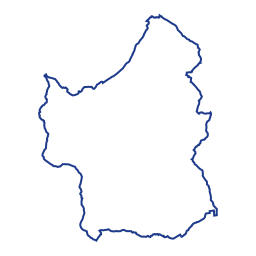 outline of Nehoiu, Buzau, Romania
{"feature_id": "2599482B62990087944995", "entity_name": "Nehoiu", "entity_type": "district", "adm_level": 2, "iso_a3": "ROU", "parent_name": "Romania", "parent_adm1": "Buzau", "projection": "orthographic", "projection_center": [26.301, 45.424], "detail": "fine", "context": "isolated", "style": "outline", "palette": "blue", "viewbox_px": 256, "rotation_deg": 0, "n_neighbors": 0, "source": "geoboundaries", "source_scale": "gbopen_adm2", "svg_char_len": 5754}
<svg xmlns="http://www.w3.org/2000/svg" viewBox="0 0 256 256"><path d="M212.4,201.7L210.9,200.3L210.8,199.9L211.0,197.5L210.5,194.7L209.7,191.8L209.6,188.9L209.0,187.8L208.8,186.2L208.4,185.7L207.2,184.6L207.0,184.1L206.9,183.3L207.0,181.9L204.8,179.1L202.7,175.8L202.9,174.3L202.6,170.8L201.9,170.0L200.2,169.1L198.4,167.5L196.4,165.3L194.6,164.1L194.3,162.7L192.8,161.3L192.8,160.3L192.3,159.5L191.8,159.2L192.9,158.4L194.0,155.6L195.5,153.4L195.3,151.9L194.7,151.3L194.4,150.7L193.6,150.1L193.7,149.8L194.4,149.4L194.9,148.2L195.3,147.4L195.9,147.0L196.0,146.6L197.0,146.4L198.0,145.1L199.2,144.9L199.4,144.6L199.5,143.7L200.4,143.1L200.5,142.0L200.9,140.7L202.9,139.8L204.5,139.6L205.0,139.1L205.1,138.6L207.2,136.8L207.7,135.8L207.8,135.2L207.8,133.4L206.1,130.9L206.5,126.7L206.4,125.8L206.1,125.1L206.2,124.4L206.4,123.6L207.2,121.6L208.8,120.6L209.5,119.6L209.8,118.0L210.3,117.2L210.4,116.1L211.0,114.7L211.1,113.6L210.5,112.4L209.7,113.3L206.9,113.4L205.4,113.7L203.4,113.3L202.0,112.3L200.2,112.6L199.7,113.0L199.4,113.7L199.0,113.7L198.5,113.5L197.9,112.7L196.7,111.6L198.0,106.3L199.1,103.9L199.3,101.2L198.8,100.7L200.7,98.8L201.8,96.8L201.8,96.5L200.6,94.3L200.0,92.0L199.3,90.7L198.7,90.5L195.6,86.5L193.8,84.7L193.8,84.4L192.9,83.8L191.8,82.4L191.4,82.1L190.7,82.0L191.2,77.9L190.1,77.3L188.4,77.1L188.5,76.1L187.9,76.1L187.3,75.3L186.2,75.0L186.8,73.4L186.8,72.6L188.8,72.3L190.5,72.2L190.8,72.4L191.9,71.9L192.1,71.2L191.9,71.0L194.1,68.3L197.4,65.4L197.7,65.4L198.5,64.0L199.0,63.5L200.1,63.0L199.6,62.8L200.0,62.4L200.7,61.0L200.9,60.3L201.0,58.7L200.3,56.9L198.9,55.0L198.9,53.3L198.5,52.4L199.7,49.7L199.7,49.4L198.8,48.2L197.9,47.7L197.7,45.0L197.5,44.7L194.3,43.1L192.3,41.6L190.0,40.9L189.7,40.8L189.2,39.7L187.1,39.0L184.5,36.5L183.9,36.1L182.8,36.0L181.2,33.1L177.8,30.0L177.2,28.1L176.6,27.0L176.2,26.2L174.9,25.0L171.9,23.4L166.6,19.9L164.8,19.2L161.9,17.2L161.6,16.4L160.5,16.1L159.6,15.4L159.4,16.4L158.7,17.1L159.0,17.5L158.7,17.6L156.3,17.1L155.7,17.7L155.0,17.5L154.1,17.7L152.4,16.4L151.8,16.2L151.4,16.4L151.2,17.3L150.1,17.5L149.4,18.2L148.8,19.2L147.6,20.0L146.7,21.1L148.0,21.3L148.5,21.6L148.8,22.2L148.7,23.7L146.7,25.5L147.8,28.1L147.1,29.4L146.1,30.2L145.8,30.8L144.9,32.8L143.9,34.3L143.9,35.0L142.8,37.2L140.0,40.5L138.4,43.3L136.7,44.2L135.6,45.7L135.2,47.7L134.7,48.7L134.6,49.9L133.8,51.8L133.3,52.5L133.1,53.5L132.6,53.9L132.7,54.3L130.1,59.3L129.7,60.7L129.2,61.4L128.5,62.2L127.3,62.7L125.8,64.1L123.0,68.2L117.1,73.5L113.3,76.3L111.8,76.8L110.4,78.0L108.4,79.1L102.9,82.9L102.7,82.0L102.4,81.8L101.3,81.8L99.8,82.7L99.3,83.3L97.0,84.7L95.6,87.2L94.2,88.8L93.2,88.7L92.2,87.6L92.1,87.2L91.1,86.8L90.3,87.0L89.2,86.8L84.2,87.1L82.8,88.7L82.2,89.7L81.7,91.0L81.1,91.5L80.1,92.0L79.4,91.3L78.7,91.4L78.6,92.9L77.7,94.0L74.6,95.1L72.8,95.4L71.5,94.8L70.7,94.2L69.7,93.9L69.1,92.9L67.3,91.8L67.2,90.9L67.6,89.4L66.3,88.0L65.5,87.5L64.8,88.0L63.4,87.4L62.7,87.9L61.7,87.5L59.3,85.0L58.4,83.0L57.4,82.2L56.6,80.8L54.9,78.9L53.9,78.8L53.1,78.4L48.7,77.3L46.8,76.1L46.0,74.4L45.0,75.2L44.4,75.9L45.9,77.4L46.8,79.0L46.9,79.8L47.5,80.9L48.4,82.2L48.7,84.1L49.2,85.5L49.2,86.5L48.2,87.9L47.2,90.1L46.9,90.8L47.0,91.9L46.4,93.2L46.6,94.3L46.0,94.9L45.3,96.6L45.5,97.6L46.4,99.1L46.9,99.4L46.7,102.4L45.4,103.1L44.3,104.7L43.8,105.1L42.5,105.5L41.9,106.6L41.0,107.3L39.9,109.4L39.6,110.6L39.7,111.1L40.2,111.7L40.2,112.0L39.5,112.4L39.1,112.9L39.3,114.9L39.9,115.6L39.5,116.5L39.9,117.5L41.4,119.5L42.6,119.8L43.9,120.8L43.6,121.4L44.5,122.5L44.2,125.4L44.5,126.1L44.5,127.0L44.7,128.3L45.4,129.3L46.4,132.0L47.5,132.9L48.3,133.9L48.3,134.5L47.9,135.1L47.9,136.2L47.0,138.6L46.9,139.4L47.3,140.3L46.4,142.4L46.3,143.3L45.9,148.4L44.2,150.3L44.0,151.0L42.8,153.5L42.5,154.8L42.5,155.8L43.9,157.3L43.8,158.7L45.2,160.2L51.2,164.5L52.2,164.8L53.4,166.1L55.8,166.2L57.9,167.0L59.4,166.4L60.2,166.5L62.8,164.1L68.9,164.4L73.1,166.2L75.1,166.8L76.0,168.7L77.5,170.0L78.9,172.5L80.6,173.8L81.4,175.5L81.9,176.9L81.8,177.4L81.6,178.9L80.5,183.8L79.5,186.4L79.6,187.5L80.7,188.9L81.3,190.7L81.5,191.8L80.4,193.2L80.2,194.0L81.4,195.4L81.4,197.3L82.2,198.2L81.7,198.6L81.7,199.0L82.0,199.6L81.5,201.1L81.6,204.8L82.8,206.2L83.9,208.5L83.8,210.3L84.4,212.8L84.1,214.2L83.3,216.1L82.7,218.8L80.7,222.6L80.3,224.3L80.3,225.7L81.1,227.7L82.6,229.5L83.4,230.0L86.7,231.2L87.4,234.2L87.8,235.0L88.4,235.8L89.4,236.3L90.4,237.5L92.3,238.4L93.1,239.3L95.3,240.0L96.3,240.6L98.7,236.9L99.4,236.2L100.1,234.9L101.1,234.4L101.2,234.0L100.9,232.8L99.5,230.6L101.1,230.1L103.5,230.3L105.5,229.8L106.7,229.9L108.3,229.3L109.3,229.7L109.5,230.0L110.2,230.6L111.6,231.2L112.4,231.2L112.9,231.4L115.5,231.3L116.4,230.9L117.5,231.3L120.0,231.2L120.6,231.1L121.6,230.4L123.0,229.9L124.4,230.1L126.4,231.1L131.3,231.2L131.8,232.0L132.5,232.6L133.4,232.1L134.1,232.5L135.7,232.5L136.1,233.1L136.3,233.9L141.2,236.5L142.3,236.7L145.7,236.7L146.1,236.9L147.9,235.9L148.7,236.5L150.4,237.0L150.9,235.8L152.4,235.5L153.0,234.5L154.6,234.0L154.9,234.0L155.2,234.5L155.7,234.6L157.0,234.0L157.8,234.1L158.2,234.4L158.2,234.7L158.4,235.0L158.6,234.9L158.8,234.4L159.1,234.2L159.5,234.4L160.1,234.5L162.9,236.2L163.2,236.3L163.7,235.9L163.9,236.2L163.9,236.8L164.6,237.2L166.4,237.0L167.6,236.1L169.4,237.8L172.0,238.6L173.5,238.6L180.1,234.6L181.5,236.8L181.9,236.7L183.1,235.9L184.4,234.6L184.8,234.7L185.9,233.5L186.7,231.0L187.1,230.5L188.2,230.2L188.7,229.1L189.0,228.8L189.1,228.3L190.8,226.8L191.2,226.2L191.6,226.1L192.0,225.1L192.9,224.3L193.2,223.7L195.4,222.7L196.2,222.7L196.9,222.0L198.1,222.0L204.1,218.4L204.9,217.1L205.5,214.2L206.0,213.5L209.8,213.0L209.7,211.1L213.9,210.5L214.2,215.6L216.8,215.2L216.6,212.1L216.9,209.1L213.7,205.8L213.5,204.9L213.1,204.2L213.1,202.9L212.4,201.7Z" fill="none" stroke="#1e3a8a" stroke-width="2"/></svg>